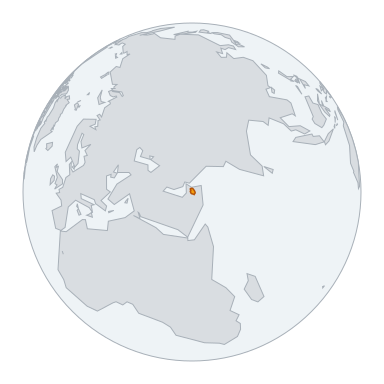 globe centered on Al Dhahira, rotated 315°
{"feature_id": "OMN-2414", "entity_name": "Al Dhahira", "entity_type": "Region", "adm_level": 1, "iso_a3": "OMN", "parent_name": "Oman", "parent_adm1": "", "projection": "orthographic", "projection_center": [55.739, 23.003], "detail": "fine", "context": "on_globe", "style": "filled", "palette": "amber", "viewbox_px": 384, "rotation_deg": 315, "n_neighbors": 0, "source": "natural_earth", "source_scale": "10m", "svg_char_len": 10399}
<svg xmlns="http://www.w3.org/2000/svg" viewBox="0 0 384 384"><g transform="rotate(315 192 192)"><circle cx="192" cy="192" r="169" fill="#eef3f6" stroke="#a8b0b8"/><path d="M246.5,32.1L244.4,31.4L236.4,29.0L234.8,28.7L239.5,30.1L240.2,30.7L233.6,28.6L234.1,29.5L220.9,26.8L204.9,23.7L195.8,23.4L174.8,24.0L175.0,24.1L167.1,25.0L164.4,25.7L161.2,26.1L161.8,26.3L165.2,25.9L166.5,26.0L165.3,26.5L161.0,26.9L161.1,26.7L159.2,27.1L157.6,27.2L157.6,27.4L152.7,28.2L155.6,28.3L150.0,29.6L147.3,29.9L150.2,28.8L150.5,28.2L162.4,25.6L174.5,23.9L186.6,23.1L198.8,23.2L211.0,24.1L223.0,25.9L234.9,28.6L246.5,32.1ZM128.7,35.3L129.3,35.1L130.0,34.9L135.4,33.0L131.8,34.7L125.3,37.4L120.7,39.2L117.7,40.7L119.8,40.4L109.0,45.6L98.0,52.9L95.5,54.4L94.7,54.1L99.1,50.8L113.6,42.4L128.7,35.3ZM88.2,58.7L88.7,58.3L85.9,60.5L86.0,60.4L88.2,58.7ZM249.2,33.0L249.5,33.1L248.0,32.6L249.2,33.0ZM137.0,32.3L136.2,32.7L135.6,32.8L137.0,32.3ZM140.1,31.3L141.5,30.8L140.1,31.3ZM246.5,32.3L247.0,32.8L245.1,31.9L246.5,32.3ZM139.9,31.6L144.1,30.0L146.7,29.3L148.9,28.9L139.9,31.6ZM246.4,32.7L247.7,34.2L251.1,35.3L242.1,33.5L244.0,32.5L241.2,31.2L244.4,32.3L246.4,32.7ZM166.8,25.6L163.1,26.0L167.4,25.3L166.8,25.6ZM169.2,25.1L180.3,23.5L185.0,23.4L180.3,23.8L187.5,23.7L184.4,24.3L179.7,24.6L177.3,24.4L178.0,24.8L169.2,25.1ZM237.0,32.5L236.1,32.7L235.5,32.0L237.0,32.5ZM167.4,26.0L169.2,25.5L173.5,25.3L170.6,26.2L170.2,25.9L167.4,26.0ZM190.9,23.4L193.5,23.7L191.7,24.2L192.5,24.4L184.7,24.3L190.9,23.4ZM168.6,26.3L169.1,26.7L165.9,27.3L165.9,26.4L168.6,26.3ZM175.8,24.9L177.7,25.0L175.7,25.2L175.8,24.9ZM154.9,30.4L157.0,29.5L159.4,29.3L154.9,30.4ZM169.5,26.9L170.6,26.7L171.8,26.6L171.4,27.1L169.5,26.9ZM184.0,24.9L182.7,25.2L187.1,24.9L185.9,25.5L180.9,25.5L182.6,25.8L182.2,26.0L178.5,25.7L184.0,24.9ZM174.7,27.4L167.9,27.9L163.5,29.4L161.2,29.6L168.7,27.2L174.7,27.4ZM177.2,26.4L175.1,27.0L173.4,26.7L173.8,26.2L177.2,26.4ZM186.9,26.1L190.0,25.1L191.0,25.2L186.9,26.1ZM173.7,27.8L175.4,27.7L173.6,27.9L173.7,27.8ZM183.3,26.6L184.2,26.1L185.3,26.2L183.3,26.6ZM177.9,27.9L175.7,28.0L175.9,27.6L177.9,27.9ZM180.6,27.3L181.9,27.6L177.3,27.3L180.9,27.1L180.6,27.3ZM184.1,26.7L185.1,26.7L183.6,26.9L184.1,26.7ZM178.4,29.8L172.6,29.6L173.0,28.5L178.6,28.8L178.4,29.8ZM37.1,198.6L35.4,170.7L39.4,163.2L42.3,152.2L71.3,126.5L75.0,131.1L95.0,134.0L97.1,136.2L92.0,144.0L104.9,159.4L112.2,153.5L126.6,162.8L137.8,164.5L146.6,149.1L128.2,145.9L127.6,137.5L144.5,133.3L161.0,136.8L161.3,133.7L153.1,125.5L159.2,120.7L150.6,122.3L152.4,125.8L147.0,127.1L145.0,124.0L147.3,122.3L142.9,120.2L133.5,129.7L134.3,134.2L121.6,133.7L121.7,141.5L117.4,144.1L115.6,132.1L117.5,128.3L112.2,114.5L109.0,118.4L113.8,131.8L111.3,130.2L107.0,136.4L108.3,130.5L103.9,115.5L93.9,115.1L77.2,127.3L72.2,126.5L69.9,121.3L79.9,106.2L90.0,109.7L93.7,105.1L95.1,96.8L98.0,98.8L99.8,96.1L103.9,97.3L113.1,92.6L117.8,93.4L124.7,85.8L128.0,85.4L123.0,89.8L122.0,93.7L134.1,96.5L137.4,95.4L140.9,90.4L143.8,92.1L145.6,87.0L154.2,86.8L145.3,83.0L149.2,77.8L156.1,74.9L155.8,72.7L144.5,77.6L141.4,80.3L141.3,83.5L131.6,91.2L126.8,91.6L130.9,81.6L124.5,81.4L130.5,74.3L157.3,64.3L166.8,63.7L175.6,72.8L171.5,75.6L166.3,73.4L168.1,80.0L169.4,77.2L171.8,78.9L176.1,75.0L178.0,76.1L178.9,70.8L181.7,71.7L181.1,75.0L189.8,70.7L196.6,71.9L197.6,70.5L196.9,68.7L205.9,71.7L206.3,70.6L203.5,69.1L202.4,66.0L204.1,61.9L207.1,63.2L206.9,64.8L211.1,70.5L210.2,75.1L211.6,75.3L213.1,71.6L208.0,64.6L208.2,61.8L211.2,64.8L210.1,63.5L211.1,62.5L215.0,62.9L211.9,59.6L219.0,49.3L227.2,49.7L229.1,53.0L237.3,48.8L245.8,50.6L243.2,49.0L245.4,46.7L242.7,46.0L241.6,45.2L245.9,40.1L249.3,40.3L248.2,37.4L246.8,36.8L244.3,36.4L242.1,33.5L251.1,35.3L253.7,36.6L257.5,37.4L262.9,40.4L269.1,43.7L272.8,47.4L277.4,50.0L278.3,50.1L285.3,54.1L296.3,63.2L283.1,55.5L265.8,44.2L272.5,48.5L269.7,47.6L271.3,49.4L276.2,52.7L277.5,53.0L278.8,60.7L287.9,72.0L290.3,69.8L295.2,72.1L307.7,85.5L315.4,108.4L321.9,113.7L324.5,118.1L323.6,122.1L319.9,115.7L316.1,114.7L314.1,110.7L311.5,115.8L308.5,110.4L307.9,117.5L311.7,121.1L315.1,118.2L315.9,127.2L323.5,133.0L327.9,142.2L327.1,162.1L320.9,170.5L321.3,173.7L317.0,171.6L314.1,179.3L324.3,194.0L324.9,199.0L318.9,211.2L318.2,207.6L306.9,201.9L306.8,214.3L315.4,221.7L318.5,232.2L312.7,230.6L309.4,221.4L305.3,219.1L305.0,208.5L298.9,194.1L293.0,198.7L292.1,192.4L282.9,181.3L273.5,187.5L259.6,207.1L259.9,223.3L254.1,231.2L241.6,209.6L237.7,194.2L232.1,196.2L220.2,183.8L196.4,183.9L194.0,179.8L189.3,181.7L181.0,177.5L177.7,170.7L172.2,171.0L181.4,188.9L187.3,188.7L193.6,182.0L195.0,188.3L203.1,193.9L190.7,209.0L157.0,220.9L155.4,208.7L138.3,173.2L139.7,169.6L139.7,169.1L139.6,168.3L136.4,174.1L134.0,167.2L141.3,191.7L141.8,201.8L156.5,221.6L154.7,223.4L159.9,227.5L178.7,224.0L178.4,228.0L168.6,245.8L144.1,267.8L148.3,283.6L148.2,296.2L135.1,302.7L138.5,312.1L132.1,314.2L133.2,319.1L129.3,323.4L122.0,326.3L107.1,322.7L104.4,318.2L94.3,307.5L79.4,282.0L81.2,272.3L79.1,263.3L68.6,240.1L70.7,229.5L68.4,223.7L63.2,222.9L60.7,215.9L57.8,214.5L40.9,209.3L37.1,198.6ZM58.5,142.0L57.0,145.0L58.5,142.0ZM176.8,149.1L187.7,150.5L185.7,140.1L189.8,139.9L187.6,136.6L185.5,139.4L180.6,130.5L186.4,128.0L186.6,123.6L182.9,123.0L173.1,129.2L180.0,141.7L176.2,145.6L176.8,149.1ZM86.5,60.9L82.2,64.3L85.2,61.7L84.3,62.2L89.5,57.8L94.5,55.0L91.3,56.9L86.5,60.9ZM97.9,51.6L97.8,51.8L93.9,54.4L97.9,51.7L97.9,51.6ZM105.7,81.4L106.0,83.6L102.7,86.3L96.8,86.5L101.4,82.6L105.7,81.4ZM107.1,86.4L112.9,77.1L116.8,77.0L113.6,78.6L115.7,79.4L111.1,82.2L109.2,91.7L106.2,94.7L96.9,92.8L101.6,91.5L101.0,89.2L107.1,86.4ZM120.7,57.9L123.3,55.1L128.5,58.3L125.5,60.7L119.4,60.7L119.3,58.0L120.7,57.9ZM143.1,31.8L143.7,31.3L144.9,31.1L145.3,31.3L143.1,31.8ZM155.7,30.0L141.5,33.9L141.5,33.5L133.2,37.0L129.9,37.2L135.5,34.9L126.7,38.0L130.4,36.0L124.5,38.3L137.1,33.0L140.1,31.7L138.0,33.0L140.9,32.7L143.0,32.2L151.3,29.9L159.0,27.5L163.1,27.2L164.0,27.7L162.7,28.2L160.4,28.1L160.4,28.9L156.2,29.3L155.7,30.0ZM171.2,39.7L169.1,38.3L168.3,42.0L164.1,41.5L164.2,42.0L160.1,42.7L155.4,44.5L153.9,44.0L152.7,45.0L149.9,45.6L147.8,46.9L144.3,46.5L141.4,48.1L141.4,47.1L137.4,50.0L138.8,47.8L135.4,48.7L135.8,50.4L122.2,47.9L115.3,49.3L108.8,52.0L112.2,48.4L120.4,43.9L130.3,40.0L136.4,39.4L136.8,38.2L139.9,37.7L138.3,38.9L142.5,36.7L144.6,36.7L153.5,34.6L158.4,32.1L161.7,31.5L160.9,32.5L164.8,31.2L165.5,32.8L167.9,32.5L171.0,34.0L167.9,36.4L170.8,35.9L173.3,37.3L171.2,39.7ZM179.1,30.2L176.4,32.7L172.8,33.8L169.0,30.9L166.7,30.9L164.1,29.6L169.5,28.1L169.7,28.6L171.2,28.7L168.9,29.1L171.8,28.9L172.3,29.7L174.7,29.8L173.1,30.5L179.1,30.2ZM101.1,133.9L103.0,134.8L106.3,135.4L103.7,139.4L101.1,133.9ZM97.8,123.7L99.8,123.7L97.7,129.3L95.7,128.5L97.8,123.7ZM102.6,119.2L100.0,123.3L100.3,120.6L102.6,119.2ZM125.0,89.7L127.3,89.7L126.9,90.9L124.8,92.5L125.0,89.7ZM167.9,52.3L167.3,51.0L168.4,50.6L170.4,47.3L173.7,47.7L173.8,49.8L167.9,52.3ZM142.4,151.3L138.2,153.9L136.9,152.1L138.6,151.6L142.4,151.3ZM119.2,146.7L123.7,149.8L118.5,147.8L119.2,146.7ZM171.9,52.2L172.3,50.8L173.7,51.9L171.9,52.2ZM176.2,47.9L178.2,48.8L174.4,47.4L176.2,47.9ZM217.5,351.2L219.4,352.0L216.6,352.3L217.5,351.2ZM177.0,296.3L169.0,316.8L160.9,316.3L158.1,310.2L160.2,297.6L169.1,294.5L173.2,288.6L177.0,296.3ZM340.8,247.2L342.9,246.4L342.7,247.1L340.8,247.2ZM338.7,246.2L341.3,244.8L337.9,248.0L338.7,246.2ZM342.3,244.2L345.0,241.2L346.2,239.3L345.8,240.9L342.3,244.2ZM336.7,247.3L324.9,252.8L319.8,253.0L321.3,249.9L329.6,247.1L336.7,247.3ZM320.9,250.0L312.7,245.7L299.1,227.8L304.0,226.8L317.8,235.8L317.0,238.4L321.9,242.4L320.9,250.0ZM339.5,228.2L338.6,235.4L332.4,238.0L329.3,238.3L327.3,230.4L328.5,225.4L331.1,224.4L339.2,204.6L342.5,206.7L340.4,214.6L342.9,219.3L339.5,228.2ZM260.8,224.7L265.3,233.5L262.0,235.5L260.8,224.7ZM341.2,192.0L338.8,200.6L340.6,189.9L341.2,192.0ZM341.5,182.6L342.3,185.9L340.4,183.3L341.5,182.6ZM322.5,178.4L319.8,180.4L319.1,178.0L322.1,174.1L322.5,178.4ZM331.3,150.1L333.7,157.1L334.0,159.7L331.6,156.0L331.3,150.1ZM200.7,56.3L194.2,60.1L191.7,63.8L193.7,67.0L188.1,64.4L191.9,58.7L200.7,56.3ZM216.4,49.9L214.6,47.6L217.2,47.9L218.0,48.4L216.4,49.9ZM214.1,49.0L208.4,47.7L208.6,46.0L213.0,47.3L214.1,49.0ZM190.0,49.2L187.8,50.2L186.8,49.2L190.0,49.2ZM330.6,288.6L314.4,306.5L312.1,307.3L315.9,302.8L320.1,292.2L321.1,291.8L324.4,283.8L336.3,270.5L345.8,252.2L348.8,249.9L353.3,237.0L355.2,234.3L352.6,243.6L352.5,244.7L348.3,256.3L343.2,267.5L337.3,278.3L330.6,288.6ZM345.9,244.3L349.3,236.9L350.6,235.3L345.9,244.3ZM358.4,221.3L357.5,224.0L358.3,219.9L358.7,215.6L356.4,217.7L355.9,215.3L357.1,211.8L355.0,211.9L357.4,207.6L358.0,212.9L359.1,206.1L360.2,204.5L360.5,203.9L358.4,221.3ZM356.5,221.9L356.9,221.4L356.4,223.8L356.5,221.9ZM351.8,221.7L351.5,223.6L350.8,222.9L351.8,221.7ZM352.8,219.7L354.9,219.4L352.6,221.4L352.8,219.7ZM344.4,219.8L345.3,223.5L348.2,218.8L346.0,224.3L347.5,230.0L346.6,233.1L345.3,226.8L344.0,235.1L342.7,235.8L342.4,229.5L344.0,220.4L345.3,216.2L350.2,211.3L344.4,219.8ZM353.0,214.4L352.4,210.0L352.7,206.3L353.5,208.3L353.0,214.4ZM349.7,199.7L347.1,195.4L345.4,199.0L348.1,188.2L350.3,194.1L349.7,199.7ZM346.4,188.3L344.9,191.6L346.0,185.6L346.4,188.3ZM344.1,190.0L343.2,186.1L344.8,185.6L344.1,190.0ZM347.3,187.9L346.5,180.8L347.9,184.3L347.3,187.9ZM340.7,177.6L345.3,182.0L340.5,182.0L337.2,169.1L339.0,167.7L340.7,177.6ZM330.7,120.2L328.5,117.0L329.2,115.2L330.5,117.9L330.7,120.2ZM329.5,107.6L328.7,113.7L327.6,119.2L329.4,120.1L331.8,126.5L327.5,122.1L326.1,114.0L327.4,111.0L324.7,106.0L323.9,101.5L319.7,96.0L318.4,93.0L322.7,97.2L329.5,107.6ZM317.8,93.8L310.1,84.0L312.7,83.6L315.0,85.6L317.4,90.1L315.9,90.1L317.8,93.8ZM309.0,81.6L307.4,81.6L292.7,70.1L290.3,67.7L302.9,75.5L302.1,76.0L305.2,79.1L309.0,81.6ZM237.9,33.2L236.3,32.7L237.8,32.9L237.9,33.2ZM240.1,44.9L238.9,43.8L240.8,43.8L240.1,44.9ZM236.5,40.8L235.2,41.5L235.3,40.2L236.5,40.8ZM232.6,43.4L234.1,41.6L234.5,44.2L232.6,43.4Z" fill="#d9dde1" stroke="#a8b0b8" stroke-width="1"/><path d="M190.5,192.9L190.5,192.5L190.5,192.0L190.5,191.9L190.6,191.6L190.9,191.2L191.0,190.7L191.2,190.4L191.6,190.4L191.9,190.3L192.2,190.2L192.4,190.0L192.3,189.6L192.6,189.4L192.6,189.1L193.1,188.9L193.5,188.9L193.5,188.6L194.0,188.8L194.8,189.5L195.0,190.5L194.6,192.9L194.1,194.2L193.6,194.9L191.7,195.3L191.7,195.0L191.7,194.9L191.5,194.6L191.3,194.3L191.1,193.9L190.9,193.5L190.7,193.2L190.5,192.9Z" fill="#f59e0b" stroke="#b45309" stroke-width="1.5"/></g></svg>